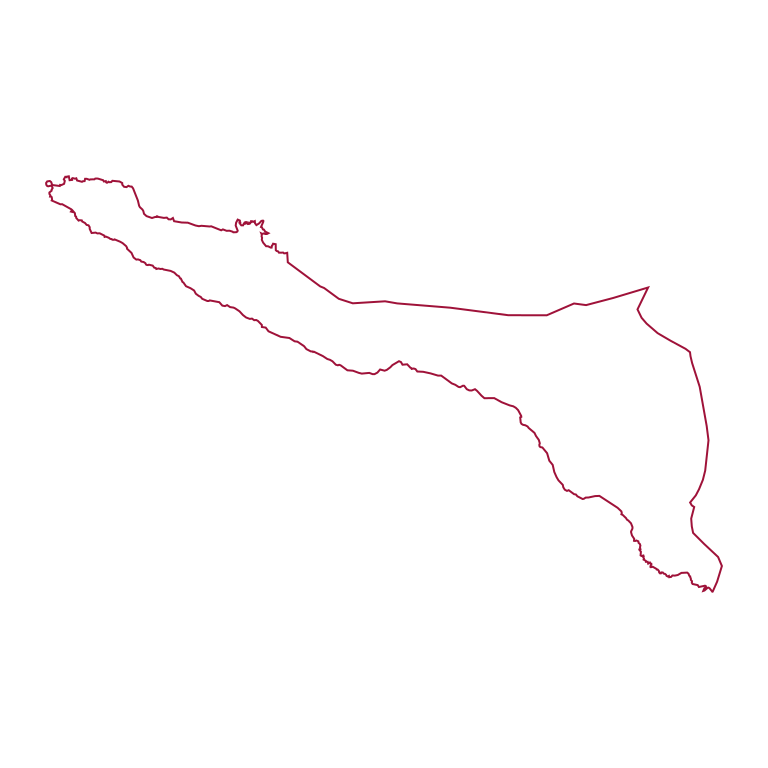 Sima, Andjouân, Comoros (Albers equal-area conic projection)
{"feature_id": "10938185B89113061759376", "entity_name": "Sima", "entity_type": "district", "adm_level": 2, "iso_a3": "COM", "parent_name": "Comoros", "parent_adm1": "Andjouân", "projection": "albers", "projection_center": [44.321, -12.244], "detail": "fine", "context": "isolated", "style": "outline", "palette": "rose", "viewbox_px": 768, "rotation_deg": 0, "n_neighbors": 0, "source": "geoboundaries", "source_scale": "gbopen_adm2", "svg_char_len": 6054}
<svg xmlns="http://www.w3.org/2000/svg" viewBox="0 0 768 768"><path d="M690.0,352.2L685.5,348.8L670.7,340.8L657.7,333.2L646.6,323.6L641.6,317.8L637.5,309.4L648.1,287.5L613.1,298.0L586.1,305.1L574.0,303.5L546.7,315.3L508.2,315.2L450.3,307.7L397.2,303.4L385.1,301.3L352.8,303.3L338.8,298.8L324.1,288.0L320.2,286.4L287.8,262.3L287.2,252.8L285.1,253.3L284.0,253.3L283.2,252.6L279.0,252.7L278.1,251.4L276.7,251.0L275.8,250.2L275.7,244.2L273.1,243.7L272.3,245.5L271.9,245.7L271.6,247.6L270.7,247.6L268.1,246.3L266.1,246.2L263.1,242.6L261.8,239.8L262.1,237.8L261.6,236.5L261.8,234.6L261.3,233.4L262.3,233.9L264.0,233.4L265.2,234.0L266.9,234.0L268.4,233.2L265.2,231.6L263.9,229.6L262.9,229.4L261.9,227.3L261.0,227.0L263.2,222.0L263.4,221.0L263.0,220.6L261.4,220.9L259.1,223.4L256.4,225.1L255.0,223.2L254.8,221.1L253.1,221.9L252.6,221.3L251.7,221.2L251.1,221.2L251.1,222.2L249.9,222.6L250.1,223.4L249.6,223.8L248.2,224.0L247.9,223.1L247.4,223.7L246.9,223.3L245.5,223.2L246.1,222.1L245.4,222.1L244.7,222.5L245.2,223.3L244.9,223.9L243.7,223.9L243.1,225.3L241.3,225.3L240.3,224.2L240.3,222.8L239.5,222.8L239.4,222.0L240.0,221.0L239.8,220.5L237.7,219.6L236.1,222.7L235.7,225.6L237.7,230.7L237.3,231.6L236.2,232.2L233.3,232.3L232.6,231.7L229.5,230.7L226.6,230.8L222.9,229.4L221.2,230.3L211.2,226.3L209.7,226.5L201.5,225.8L198.9,226.2L195.5,225.5L187.8,222.7L181.7,222.5L174.1,221.2L172.9,218.0L170.8,219.4L168.6,219.3L166.8,217.6L163.9,217.9L158.2,216.9L157.4,216.3L156.8,216.3L156.7,217.0L155.1,217.0L152.0,218.0L146.5,216.1L144.0,213.8L143.3,211.0L142.4,209.5L139.9,207.2L139.1,205.7L137.9,200.6L133.1,188.4L131.7,186.6L130.0,186.5L128.4,185.8L126.5,187.1L124.1,186.8L122.3,184.7L122.2,183.0L119.5,181.5L112.4,180.8L111.2,182.1L109.4,182.2L108.4,181.7L107.5,182.6L106.7,182.7L106.1,182.3L105.8,181.1L103.9,181.5L103.1,180.2L97.9,178.6L96.4,178.5L95.2,178.6L94.5,179.3L90.3,179.4L89.5,179.8L86.7,178.8L85.1,178.8L84.6,181.1L82.7,181.3L82.0,181.8L77.1,180.5L76.3,178.3L75.0,178.7L72.7,178.1L72.0,178.5L72.1,179.9L69.6,180.2L68.8,176.3L66.7,176.7L66.6,177.2L65.3,176.8L63.8,179.3L64.8,180.9L64.1,183.8L61.3,185.1L60.1,184.9L59.8,186.0L52.2,185.0L51.2,182.1L49.8,181.0L47.2,181.4L46.1,183.0L46.3,184.8L47.3,186.1L48.3,186.3L51.2,185.6L52.5,187.5L52.6,188.2L51.6,189.7L51.6,190.7L49.4,192.5L49.4,193.9L50.4,195.4L50.1,196.5L50.9,196.5L51.7,197.1L52.1,199.6L51.7,200.5L60.4,204.3L62.2,204.2L71.3,209.3L71.7,210.9L71.1,211.6L72.6,212.0L72.9,210.9L74.9,213.2L75.2,216.0L76.1,216.6L76.2,217.9L78.6,220.6L79.6,220.2L81.8,220.4L82.2,221.5L85.0,223.0L86.6,224.9L88.5,225.3L89.7,227.2L89.7,228.9L91.6,233.0L95.7,232.6L97.3,233.4L99.7,233.3L104.3,235.6L104.6,236.9L105.9,236.6L108.8,237.8L110.3,238.9L111.7,239.1L112.3,239.7L114.1,239.8L114.6,239.4L120.1,241.7L122.6,243.1L126.2,246.2L127.1,247.9L127.0,248.7L131.5,252.9L133.6,257.5L136.3,259.6L138.0,259.4L140.3,260.2L141.3,261.6L143.6,262.0L145.4,263.2L146.0,264.5L146.6,264.9L148.0,265.1L148.9,264.7L152.7,265.6L154.3,267.7L155.8,268.0L156.3,269.0L158.6,268.5L160.4,269.0L162.4,268.8L163.6,269.5L170.6,270.9L174.3,272.6L176.9,275.2L178.9,276.2L180.2,278.4L180.9,278.6L182.5,282.0L183.4,282.5L186.0,286.2L190.5,288.2L194.1,290.5L195.8,293.7L198.7,295.9L200.7,296.9L202.2,298.8L207.3,301.0L208.8,301.0L209.7,300.4L219.3,302.2L222.3,305.6L225.0,306.1L227.1,305.1L230.1,307.1L233.5,307.6L235.2,308.4L239.5,311.3L242.9,315.0L246.1,317.5L249.8,318.9L252.0,318.6L254.2,320.2L256.2,320.0L257.9,320.9L261.8,324.9L261.9,327.0L265.7,327.6L268.5,331.3L280.6,336.8L289.4,338.0L294.6,341.3L297.5,341.7L304.1,346.2L306.4,349.1L310.8,351.4L312.6,351.5L313.1,352.0L313.9,351.7L322.9,356.1L327.3,359.0L329.9,359.8L332.5,361.3L335.8,364.7L337.9,365.3L339.1,364.8L340.6,365.3L347.4,370.3L352.9,370.7L358.9,372.9L361.8,373.6L369.3,372.9L372.5,374.1L374.6,374.1L377.4,372.6L380.1,369.5L384.6,370.7L386.8,369.9L390.3,367.3L392.4,365.1L399.0,361.2L401.0,362.1L402.5,364.7L407.2,364.3L410.4,367.7L411.5,368.2L411.7,368.9L413.8,368.5L415.5,369.1L417.3,371.5L423.2,371.8L430.6,373.4L438.0,375.6L441.2,375.6L451.8,383.4L455.3,384.8L458.5,386.9L460.1,387.2L463.0,385.7L464.2,385.8L466.8,389.2L469.3,390.4L471.7,390.5L475.0,389.2L477.0,390.8L481.5,395.7L484.4,398.2L494.2,398.1L501.6,402.2L509.7,405.4L513.3,406.3L515.8,407.8L518.1,410.1L521.2,415.9L521.3,416.9L520.2,417.4L520.7,422.4L521.5,423.9L523.0,424.8L525.4,425.3L527.6,426.5L528.7,428.0L534.5,432.9L536.0,436.0L538.8,439.9L539.8,443.3L539.3,444.9L539.6,446.4L540.4,447.1L542.4,447.5L547.1,453.2L549.3,460.7L552.7,464.9L554.3,472.0L556.6,477.2L558.5,480.4L562.8,484.9L563.3,487.3L564.8,489.7L567.0,490.9L568.7,490.2L574.1,494.2L575.9,494.5L577.4,496.3L582.6,499.0L583.8,498.8L585.7,497.6L588.5,497.5L595.0,496.1L599.4,495.9L617.6,507.8L621.4,511.4L621.8,513.1L621.4,514.3L622.8,515.0L626.1,518.2L626.9,519.6L628.3,520.5L631.0,523.3L632.5,527.1L632.4,528.7L631.1,531.4L631.1,532.4L632.0,535.5L634.2,538.8L634.0,540.8L635.1,541.0L636.4,540.5L638.3,541.3L638.6,542.9L639.8,543.9L640.4,545.5L640.0,547.3L640.4,549.2L639.4,549.3L639.3,549.7L640.9,551.7L640.6,555.4L641.5,556.0L643.4,555.5L643.7,556.4L643.1,557.0L644.0,558.5L643.6,559.6L645.8,560.8L645.9,561.8L647.7,561.8L648.2,563.6L649.9,562.5L650.5,563.5L651.3,563.7L651.4,564.8L650.7,565.4L650.4,566.9L650.8,567.2L652.8,566.8L656.5,568.9L656.7,569.5L657.7,569.6L658.8,570.8L659.2,572.5L660.1,573.4L661.0,573.3L661.3,572.4L662.8,572.5L663.7,573.6L665.0,573.9L666.1,574.8L666.6,575.9L667.8,576.5L668.9,575.9L669.2,577.2L671.1,576.9L672.4,575.5L674.9,575.6L677.8,575.0L681.4,572.9L687.2,572.6L688.5,573.7L689.3,575.8L690.2,576.4L690.2,577.3L690.8,578.3L690.9,579.9L692.0,581.2L691.8,582.7L692.6,584.0L697.7,585.1L698.9,587.0L705.0,585.7L705.9,586.2L706.0,587.2L704.4,588.2L703.3,590.9L704.5,590.5L707.7,587.7L708.5,587.6L709.6,588.3L712.3,591.7L712.7,591.6L717.1,581.7L721.9,566.0L718.1,557.0L704.1,543.9L693.1,532.9L691.8,526.4L691.2,518.6L694.2,507.0L691.8,505.4L690.1,502.5L695.8,495.4L699.0,489.3L702.9,479.8L705.2,470.6L708.5,440.3L706.7,426.1L699.7,386.8L692.1,363.0L690.5,356.2L690.0,352.2Z" fill="none" stroke="#9f1239" stroke-width="2"/></svg>